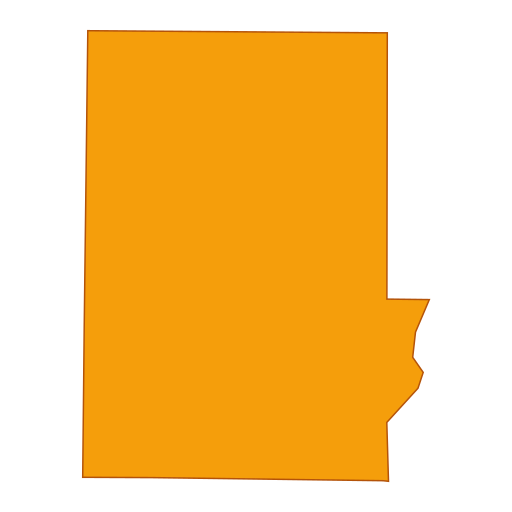 Putnam, Indiana, United States of America (Robinson projection)
{"feature_id": "52423323B73870752554763", "entity_name": "Putnam", "entity_type": "district", "adm_level": 2, "iso_a3": "USA", "parent_name": "United States of America", "parent_adm1": "Indiana", "projection": "robinson", "projection_center": [-86.774, 39.668], "detail": "fine", "context": "isolated", "style": "filled", "palette": "amber", "viewbox_px": 512, "rotation_deg": 0, "n_neighbors": 0, "source": "geoboundaries", "source_scale": "gbopen_adm2", "svg_char_len": 317}
<svg xmlns="http://www.w3.org/2000/svg" viewBox="0 0 512 512"><path d="M84.2,328.2L82.7,477.3L152.0,477.6L383.0,480.7L388.5,481.3L386.8,422.4L418.0,388.2L423.2,372.4L412.7,357.3L415.5,332.1L429.3,299.6L386.9,299.1L387.3,32.8L379.6,32.8L87.8,30.7L84.2,328.2Z" fill="#f59e0b" stroke="#b45309" stroke-width="1.5"/></svg>